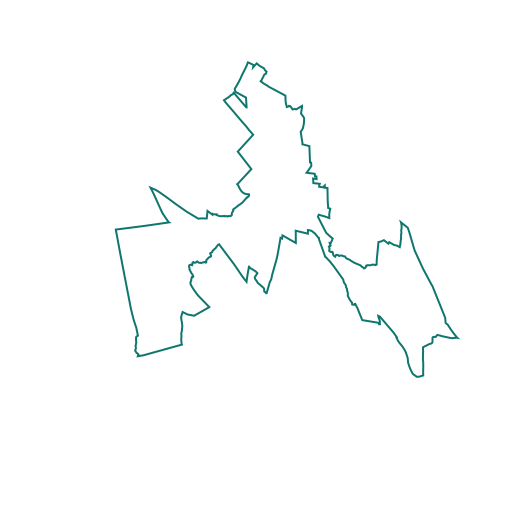 outline of Apizaco, Tlaxcala, Mexico, rotated 155°
{"feature_id": "50627088B30859164427191", "entity_name": "Apizaco", "entity_type": "district", "adm_level": 2, "iso_a3": "MEX", "parent_name": "Mexico", "parent_adm1": "Tlaxcala", "projection": "equal_earth", "projection_center": [-98.132, 19.426], "detail": "fine", "context": "isolated", "style": "outline", "palette": "teal", "viewbox_px": 512, "rotation_deg": 155, "n_neighbors": 0, "source": "geoboundaries", "source_scale": "gbopen_adm2", "svg_char_len": 6122}
<svg xmlns="http://www.w3.org/2000/svg" viewBox="0 0 512 512"><g transform="rotate(155 256 256)"><path d="M405.5,215.1L400.0,213.6L360.6,207.0L360.4,208.3L359.1,211.8L357.3,215.2L356.6,217.2L354.8,219.5L354.4,220.4L352.5,223.4L351.3,226.8L350.7,229.3L349.7,232.3L346.2,236.2L342.7,231.9L337.3,228.0L319.9,229.4L325.0,244.1L325.6,246.4L326.6,251.6L327.1,255.7L327.2,258.0L326.5,259.9L324.9,261.4L324.6,262.2L323.7,263.1L323.4,263.7L323.0,264.0L322.3,263.6L321.9,263.6L321.5,263.9L321.4,265.9L321.8,268.0L321.9,271.3L322.0,271.9L321.7,272.4L321.3,273.7L321.2,274.6L320.6,275.6L319.9,275.9L319.2,275.8L318.7,275.6L318.1,274.8L317.8,274.6L317.4,274.9L317.1,275.7L316.3,276.8L315.4,277.0L314.8,276.0L313.9,275.6L313.2,275.5L312.0,276.0L311.5,275.9L310.8,274.2L310.5,273.9L309.5,273.6L308.7,272.8L307.4,272.7L306.2,272.4L305.3,272.4L304.7,271.6L304.2,271.2L303.9,271.2L303.5,271.6L303.3,272.5L302.8,273.2L299.4,274.6L297.5,274.6L296.9,274.7L296.5,275.2L296.6,277.0L296.5,277.6L296.0,278.0L294.4,277.9L293.9,278.1L293.6,278.6L292.5,279.3L291.8,279.4L290.7,279.9L289.4,280.1L288.5,280.7L285.6,282.2L284.5,282.2L279.4,257.9L276.9,242.7L275.5,236.6L271.0,243.5L268.1,247.5L266.5,250.0L266.6,249.3L266.7,248.4L266.5,247.7L263.4,243.2L262.5,241.4L262.0,239.8L266.1,237.3L266.5,236.1L266.4,234.9L265.9,232.8L265.8,230.9L263.8,226.7L262.6,223.8L262.5,223.0L263.5,220.3L263.1,219.8L262.5,217.9L262.1,217.8L254.7,226.3L252.0,228.5L249.4,232.0L238.2,245.0L235.0,249.3L228.5,258.6L226.1,262.1L225.0,260.8L223.3,263.5L214.4,251.0L209.3,262.1L199.5,254.3L198.0,257.6L197.0,257.0L195.0,255.3L193.0,251.3L191.6,245.6L191.4,245.5L191.8,244.9L193.6,225.9L193.3,225.7L191.4,220.1L189.9,213.8L186.9,197.9L187.5,194.9L187.0,191.8L187.1,191.2L187.5,189.9L187.5,187.5L187.8,186.9L188.1,185.9L188.2,184.6L188.4,183.6L189.7,180.9L189.5,178.2L189.5,176.9L189.3,175.4L188.7,173.3L189.3,171.4L187.2,170.0L187.0,170.5L186.8,170.8L186.3,170.7L186.2,166.7L186.1,166.3L186.8,153.0L173.1,143.6L172.9,143.4L173.3,142.2L172.5,141.8L171.2,145.0L170.8,148.8L170.5,150.1L169.6,149.1L169.2,148.2L163.7,128.4L162.7,122.7L163.2,122.6L163.1,118.9L162.7,116.6L161.5,111.9L160.9,107.1L161.0,104.8L161.6,99.6L163.3,94.8L163.9,89.0L163.8,83.2L162.8,81.1L162.1,80.1L161.5,78.7L159.0,77.6L154.9,77.1L153.6,80.1L150.9,85.6L149.2,89.4L148.7,91.1L146.2,96.4L144.9,98.8L143.4,102.5L143.1,102.7L138.0,102.9L135.7,102.9L134.2,102.6L133.6,102.7L132.8,103.0L132.4,103.5L130.8,106.8L130.6,107.3L130.1,107.6L129.6,107.7L129.1,107.6L127.6,106.8L127.1,106.8L126.2,107.4L125.0,107.8L122.3,105.7L121.9,105.2L114.0,99.2L112.9,98.6L108.5,97.1L108.1,96.8L108.4,97.6L109.7,103.1L110.5,107.3L111.3,112.8L112.2,114.6L112.4,115.3L110.8,119.6L110.6,120.8L108.8,154.6L109.0,155.3L110.0,173.8L109.9,194.0L107.1,212.2L106.5,217.4L110.4,225.3L110.6,223.9L110.8,223.4L111.7,220.8L113.0,218.6L113.4,218.2L114.6,215.2L115.0,214.6L115.4,214.3L116.1,212.7L117.6,209.8L118.3,208.9L119.3,207.1L119.8,206.5L120.0,205.9L122.0,203.3L123.9,205.9L126.1,207.5L129.4,212.2L130.8,211.2L133.4,216.3L136.5,216.3L139.1,216.9L148.0,201.8L150.4,197.2L151.7,197.3L152.2,197.7L152.6,198.3L155.0,199.2L155.7,199.1L156.4,199.3L156.7,199.5L158.8,200.5L159.7,200.7L160.1,200.7L160.2,200.2L162.1,199.1L162.7,198.9L163.3,199.1L163.7,200.2L164.8,202.0L165.3,203.4L169.5,208.0L171.7,211.1L172.5,212.6L173.4,213.9L174.4,214.6L175.4,216.5L175.5,218.0L177.1,219.0L177.4,219.7L179.0,220.7L180.5,220.8L180.8,221.0L181.1,222.0L182.0,222.7L182.9,223.1L184.6,221.9L185.3,223.2L185.5,224.2L185.0,226.4L185.1,227.5L185.4,227.7L186.0,227.7L187.2,228.9L187.5,229.6L187.3,230.1L186.2,231.7L186.1,232.5L185.7,233.2L185.9,233.7L185.1,234.0L184.4,233.7L184.0,233.9L183.9,235.2L183.9,236.1L183.7,236.8L182.7,236.2L179.1,239.4L180.8,243.0L182.6,247.4L183.3,265.4L181.7,266.9L176.8,262.6L173.5,259.4L172.9,260.9L171.9,263.0L170.9,264.6L168.7,267.5L170.3,269.0L167.6,275.9L162.5,287.4L164.9,288.9L163.9,290.8L164.9,290.5L166.1,289.8L169.5,292.1L168.6,293.6L167.7,294.5L173.2,297.8L171.5,302.1L168.6,300.1L167.6,302.6L168.9,303.3L168.0,305.7L175.0,310.1L173.0,311.1L167.8,314.2L166.6,317.3L167.5,318.0L161.2,333.0L166.7,337.6L166.0,339.3L163.0,349.7L161.1,350.8L159.4,352.1L158.9,352.7L156.5,356.0L154.4,359.9L154.1,361.2L154.8,365.2L155.0,365.8L155.0,366.1L151.5,371.3L150.9,372.6L157.5,371.9L157.9,372.1L158.7,373.0L159.7,373.0L161.0,373.5L161.0,374.5L161.6,377.2L161.9,377.3L162.3,377.9L162.6,378.1L162.9,377.8L163.6,377.8L165.1,378.0L164.2,382.6L163.2,385.2L161.6,388.7L162.0,389.5L172.9,404.0L173.8,405.7L176.6,409.7L176.8,410.6L177.5,411.4L177.9,412.5L176.7,412.9L175.5,414.1L173.8,415.1L172.8,416.2L172.0,416.7L171.3,417.0L170.1,416.9L169.4,417.7L168.5,418.7L169.0,419.6L169.3,420.6L169.5,422.8L172.3,426.7L173.4,428.9L173.7,429.9L174.0,430.3L178.8,428.3L177.5,430.1L179.7,432.9L181.5,434.9L184.4,432.1L192.6,425.6L194.8,423.6L198.5,420.7L204.6,416.5L205.0,415.3L205.1,413.3L198.1,403.8L201.7,394.7L202.0,394.9L207.2,413.4L208.7,412.4L210.7,412.4L213.2,411.6L219.2,410.7L218.4,407.1L215.8,397.9L212.7,386.5L210.0,377.2L209.1,373.2L207.3,367.1L228.4,358.3L223.5,336.7L242.4,329.0L242.7,329.0L242.3,327.4L242.3,324.9L242.2,323.3L242.0,321.9L241.7,320.4L241.0,318.9L240.3,317.7L238.5,316.1L236.3,314.9L236.4,313.8L236.2,313.8L238.4,312.9L239.3,312.7L239.2,313.0L239.3,313.0L245.4,310.3L248.2,309.6L249.6,309.5L255.0,308.2L256.3,308.1L257.3,307.5L257.3,306.9L257.6,306.5L259.5,305.3L260.1,304.6L260.6,303.4L262.0,302.9L262.6,303.0L263.7,303.8L264.9,303.7L265.4,304.3L266.1,304.7L266.3,304.9L266.8,304.8L267.3,305.0L267.9,305.8L268.9,305.9L269.5,306.4L270.7,306.7L272.2,307.6L274.4,309.8L274.1,310.4L277.0,311.8L277.7,312.8L278.0,312.7L278.2,312.2L280.9,317.3L284.8,310.8L289.4,313.1L292.5,314.2L300.2,325.6L306.7,336.9L312.3,347.2L316.6,354.7L318.9,358.2L322.7,362.5L322.5,355.3L322.7,335.3L322.5,333.3L321.7,328.1L320.9,323.7L320.6,323.2L344.7,330.5L371.9,339.2L377.8,316.4L391.7,260.9L393.9,249.6L394.8,241.6L396.7,233.7L398.5,233.5L399.4,232.4L399.8,231.4L400.4,230.2L401.1,228.1L403.2,225.3L403.4,224.2L404.1,222.7L405.3,221.7L405.5,221.1L405.1,218.4L404.7,218.0L404.1,216.6L405.5,215.1Z" fill="none" stroke="#0f766e" stroke-width="2"/></g></svg>